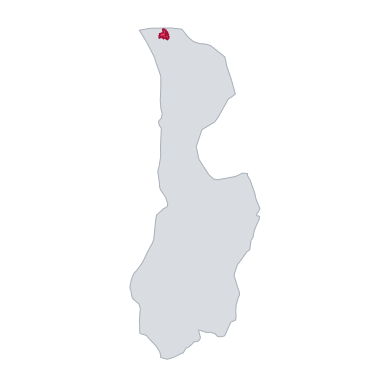 location of Grobiņas pag., Grobinas, Latvia, rotated 87°
{"feature_id": "27541924B17977825120630", "entity_name": "Grobiņas pag.", "entity_type": "district", "adm_level": 2, "iso_a3": "LVA", "parent_name": "Latvia", "parent_adm1": "Grobinas", "projection": "equal_earth", "projection_center": [21.191, 56.5], "detail": "fine", "context": "in_parent", "style": "filled", "palette": "rose", "viewbox_px": 384, "rotation_deg": 87, "n_neighbors": 0, "source": "geoboundaries", "source_scale": "gbopen_adm2", "svg_char_len": 4037}
<svg xmlns="http://www.w3.org/2000/svg" viewBox="0 0 384 384"><g transform="rotate(87 192 192)"><path d="M284.9,259.0L282.5,258.8L275.9,257.0L270.2,254.3L266.8,250.8L260.9,246.0L257.0,243.5L251.0,240.4L240.9,234.2L237.3,232.7L219.7,230.0L213.4,228.7L207.4,221.7L205.4,217.6L202.5,216.8L199.4,217.7L196.0,218.5L188.3,223.3L185.7,224.0L180.9,224.1L169.5,225.1L164.3,223.4L155.2,221.5L150.3,221.2L146.0,221.2L126.8,219.3L123.3,221.4L119.8,221.8L116.3,218.6L112.0,217.7L107.3,218.7L98.7,218.9L88.5,217.9L75.6,217.1L73.7,217.4L59.3,221.6L55.8,222.3L40.1,229.4L27.7,236.1L26.3,225.4L27.1,204.1L28.9,193.6L37.5,187.5L41.8,182.8L44.2,176.5L45.0,170.6L46.7,165.8L58.9,152.1L68.6,150.6L81.8,146.8L96.4,143.6L99.3,147.6L100.8,150.7L118.7,162.0L123.3,165.7L130.3,178.8L147.0,185.4L159.9,183.3L165.5,180.1L175.7,174.2L180.2,169.8L181.1,165.7L178.8,147.9L175.8,140.3L176.6,135.5L178.5,135.8L182.8,133.5L197.0,129.2L199.9,129.0L203.2,128.2L212.1,125.0L215.1,126.7L217.6,128.6L218.9,128.6L219.5,127.9L219.3,126.7L219.9,125.8L222.5,126.3L233.2,131.6L237.3,132.8L240.0,133.2L243.4,135.6L252.5,137.3L253.6,138.6L254.4,140.2L263.0,147.0L266.9,150.4L274.5,153.5L277.8,154.3L290.7,151.1L294.3,150.0L297.3,149.9L300.5,151.6L307.6,153.9L314.0,154.6L315.1,154.4L320.5,154.7L322.4,155.5L323.9,159.9L330.2,163.3L336.0,166.1L337.5,167.4L338.1,170.0L337.9,172.9L337.2,174.5L334.9,176.2L333.1,180.7L333.0,185.0L330.1,192.4L330.9,192.6L337.7,191.2L339.7,192.0L341.3,193.6L342.0,198.3L344.4,200.4L346.8,203.7L347.7,206.2L352.3,209.3L352.7,211.2L355.8,218.2L357.0,222.2L357.7,225.4L356.6,229.3L355.5,232.0L354.1,231.8L350.2,232.5L344.1,235.8L335.2,243.4L332.8,245.1L330.7,251.0L330.1,251.6L324.7,251.3L323.2,251.2L317.7,251.3L305.8,249.7L301.2,250.8L295.4,256.7L293.1,257.5L286.1,258.4L284.9,259.0Z" fill="#d9dde1" stroke="#a8b0b8" stroke-width="1"/><path d="M28.0,212.8L29.0,212.6L29.5,212.6L29.8,212.4L30.2,212.5L30.4,212.3L31.3,212.2L31.4,212.5L31.7,213.6L31.7,213.8L32.0,214.7L32.1,215.0L32.3,215.9L32.5,215.9L32.5,216.0L32.8,216.0L33.0,216.1L33.3,216.1L33.5,216.1L33.8,216.1L34.0,216.0L34.3,216.0L34.4,215.9L34.5,215.9L34.5,216.0L34.6,215.9L34.6,216.0L34.8,215.9L34.8,216.0L34.8,215.9L35.0,215.9L35.0,216.0L35.1,215.9L35.2,216.0L35.3,215.9L35.3,216.0L35.5,216.0L35.9,216.8L36.4,216.7L36.5,216.6L36.5,216.1L36.2,216.1L35.9,216.0L36.0,215.9L35.8,215.8L35.8,215.5L35.6,215.5L35.5,215.3L35.6,215.1L35.5,214.9L35.4,214.7L35.3,214.2L35.3,213.9L35.5,213.9L35.4,213.8L35.4,213.7L35.2,213.5L35.5,213.4L35.3,213.2L35.3,212.9L35.2,212.7L35.3,212.7L35.5,212.7L35.5,212.8L35.7,212.7L35.8,212.6L36.1,212.7L36.1,212.8L36.3,212.9L36.4,213.0L36.6,213.0L36.9,213.0L37.2,212.6L37.3,212.5L37.1,212.4L37.0,212.1L36.9,211.8L36.9,211.6L36.7,211.3L36.6,211.0L36.5,210.8L36.4,210.7L36.5,210.7L36.9,210.6L37.1,210.6L37.3,210.5L37.3,210.4L37.2,210.2L37.3,209.9L37.4,209.7L37.5,209.7L37.8,209.4L38.0,209.4L37.9,209.1L37.9,208.9L38.0,208.8L37.9,208.8L37.9,208.7L37.8,208.8L37.7,208.8L37.4,208.8L37.2,208.8L37.3,208.7L37.2,208.7L37.3,208.6L37.3,208.4L37.4,208.1L37.3,207.7L37.3,207.4L37.0,207.4L37.0,207.5L36.9,207.5L36.7,207.4L36.4,207.3L36.4,207.2L36.1,207.1L35.9,206.9L35.7,207.1L35.4,207.2L34.7,207.7L34.0,207.4L34.0,207.5L33.9,207.6L33.4,207.8L33.1,207.8L32.7,208.0L32.6,207.8L32.4,207.8L32.2,207.9L31.7,208.0L31.9,208.3L32.0,208.3L32.1,208.5L30.3,208.8L30.2,208.9L30.2,209.1L30.2,209.4L30.3,209.7L30.3,209.9L29.8,209.8L29.5,209.9L29.4,209.9L29.2,209.8L29.2,210.0L28.8,210.4L28.5,210.6L28.3,210.8L28.0,211.1L27.9,211.4L28.0,211.4L28.0,211.5L27.9,211.4L27.8,211.9L28.0,212.8ZM33.6,209.4L33.8,209.4L34.0,209.4L34.3,209.7L34.5,209.7L34.6,209.9L34.7,210.0L34.5,210.3L34.4,210.2L34.3,210.3L34.2,210.2L34.1,210.3L34.0,210.2L33.9,210.2L33.7,210.2L33.4,210.0L33.2,210.0L33.1,210.3L32.8,210.4L32.7,210.1L32.5,209.9L32.4,209.9L32.4,210.0L32.2,209.9L32.3,209.9L32.2,209.9L32.3,209.8L32.5,209.7L32.9,209.7L32.6,209.2L32.4,209.2L32.4,208.9L32.3,208.7L32.2,208.6L32.4,208.6L32.6,208.5L32.9,209.1L33.2,209.2L33.6,209.2L33.6,209.3L33.6,209.4Z" fill="#f43f5e" stroke="#9f1239" stroke-width="1.5"/></g></svg>